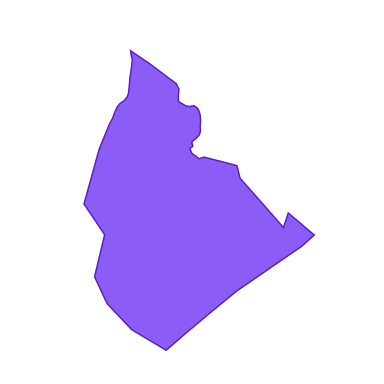 the district of Bonfim do Piauí, Piauí, Brazil, rotated 169°
{"feature_id": "56859067B48454947572204", "entity_name": "Bonfim do Piauí", "entity_type": "district", "adm_level": 2, "iso_a3": "BRA", "parent_name": "Brazil", "parent_adm1": "Piauí", "projection": "robinson", "projection_center": [-42.889, -9.188], "detail": "fine", "context": "isolated", "style": "filled", "palette": "violet", "viewbox_px": 384, "rotation_deg": 169, "n_neighbors": 0, "source": "geoboundaries", "source_scale": "gbopen_adm2", "svg_char_len": 927}
<svg xmlns="http://www.w3.org/2000/svg" viewBox="0 0 384 384"><g transform="rotate(169 192 192)"><path d="M101.5,153.0L109.0,139.7L128.7,173.5L142.2,196.3L142.8,209.1L146.1,210.9L173.4,223.9L178.7,223.3L181.3,226.3L184.6,229.7L185.9,235.1L182.5,236.7L182.7,241.2L178.1,243.7L174.1,246.5L172.1,250.1L171.3,255.5L170.0,260.1L169.3,265.5L169.6,270.1L170.9,273.6L173.7,276.4L178.1,276.4L181.4,277.5L188.0,283.4L187.0,289.1L185.2,295.3L186.7,301.2L208.7,325.6L225.4,342.4L225.6,337.2L225.3,333.4L227.3,326.8L231.2,315.8L233.1,308.8L235.6,300.8L237.5,297.8L240.9,294.8L245.7,292.6L248.8,290.2L252.8,284.7L256.0,279.4L260.0,274.5L274.6,252.3L276.9,247.9L300.3,200.8L294.8,187.9L285.9,166.7L303.8,127.4L298.1,104.4L296.6,98.6L280.4,73.0L277.5,68.4L247.6,41.6L224.4,54.9L195.9,70.7L166.5,86.5L158.3,90.0L128.7,103.0L94.6,117.8L80.2,126.4L86.9,134.7L90.7,139.6L101.5,153.0Z" fill="#8b5cf6" stroke="#5b21b6" stroke-width="1.5"/></g></svg>